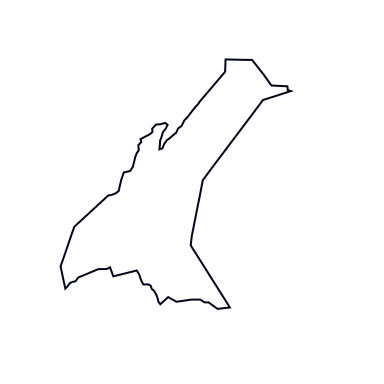 Vitória de Santo Antão, Pernambuco, Brazil (Equal Earth projection), rotated 208°
{"feature_id": "56859067B48091905918616", "entity_name": "Vitória de Santo Antão", "entity_type": "district", "adm_level": 2, "iso_a3": "BRA", "parent_name": "Brazil", "parent_adm1": "Pernambuco", "projection": "equal_earth", "projection_center": [-35.284, -8.165], "detail": "fine", "context": "isolated", "style": "outline", "palette": "ink", "viewbox_px": 384, "rotation_deg": 208, "n_neighbors": 0, "source": "geoboundaries", "source_scale": "gbopen_adm2", "svg_char_len": 1491}
<svg xmlns="http://www.w3.org/2000/svg" viewBox="0 0 384 384"><g transform="rotate(208 192 192)"><path d="M262.3,214.5L260.2,212.4L261.4,208.2L258.6,203.9L259.0,200.4L258.5,196.2L257.2,191.2L256.1,186.4L256.4,181.6L259.0,179.3L261.4,177.2L260.2,169.6L258.1,161.7L257.2,158.5L258.7,155.1L261.4,151.9L264.4,149.5L265.7,145.7L267.8,139.7L279.6,106.1L278.6,99.2L275.5,80.1L273.1,64.6L258.5,47.2L257.5,50.6L257.2,53.8L255.6,56.3L253.1,58.3L252.2,63.2L238.5,79.9L231.1,84.0L229.0,87.0L221.9,80.6L204.0,96.7L200.0,94.5L197.3,91.9L195.5,90.2L191.6,87.5L187.2,89.9L184.6,89.9L182.0,87.5L179.2,87.0L175.2,84.5L172.2,81.8L170.3,79.5L167.3,78.0L166.2,81.0L163.7,88.0L154.2,87.8L150.9,90.2L141.9,96.8L134.3,100.8L129.0,100.5L125.5,102.3L114.6,100.8L104.4,107.8L110.0,111.1L129.8,122.4L136.2,126.0L143.7,130.4L152.6,135.4L154.6,136.6L159.8,139.5L168.1,144.3L171.5,153.0L174.8,163.9L181.2,185.1L183.1,191.6L188.0,207.4L185.1,226.9L183.2,238.6L175.1,289.8L172.5,306.6L152.1,327.5L155.3,327.0L157.4,330.1L171.9,323.3L184.1,329.4L198.8,335.9L201.1,336.8L207.5,333.4L224.6,324.8L219.2,313.7L226.9,278.7L227.6,275.7L227.9,272.3L228.8,269.2L229.7,264.8L230.6,259.1L231.4,255.0L232.4,251.5L232.2,245.5L234.1,241.6L233.8,236.7L235.5,233.0L237.0,228.8L238.5,226.1L239.1,221.3L238.6,216.6L240.8,214.4L242.5,218.6L244.3,222.4L244.7,226.1L245.8,231.1L244.9,235.9L245.1,239.9L248.2,240.4L251.7,237.0L255.4,234.6L256.9,229.2L255.1,226.6L256.2,223.4L262.3,214.5Z" fill="none" stroke="#020617" stroke-width="2"/></g></svg>